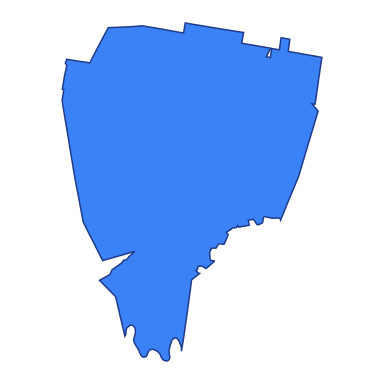 the district of Jiménez, Tamaulipas, Mexico
{"feature_id": "50627088B38667494572477", "entity_name": "Jiménez", "entity_type": "district", "adm_level": 2, "iso_a3": "MEX", "parent_name": "Mexico", "parent_adm1": "Tamaulipas", "projection": "orthographic", "projection_center": [-98.515, 24.206], "detail": "fine", "context": "isolated", "style": "filled", "palette": "blue", "viewbox_px": 384, "rotation_deg": 0, "n_neighbors": 0, "source": "geoboundaries", "source_scale": "gbopen_adm2", "svg_char_len": 3967}
<svg xmlns="http://www.w3.org/2000/svg" viewBox="0 0 384 384"><path d="M83.2,222.0L85.7,227.0L86.5,228.7L92.0,239.4L95.3,246.0L102.6,260.6L134.7,251.4L128.7,256.9L128.4,257.3L126.8,259.5L125.9,259.9L124.0,260.1L123.3,260.7L121.8,262.9L112.0,269.8L111.4,270.9L110.7,272.9L110.2,274.1L109.9,274.4L109.4,274.8L99.5,280.3L115.6,296.7L121.8,323.1L124.9,336.1L125.2,335.6L125.7,334.7L125.8,334.0L125.9,333.1L125.8,332.5L125.9,331.6L126.0,330.7L126.5,328.7L126.8,327.8L127.4,327.5L128.3,326.8L129.3,325.8L130.5,325.2L131.5,325.2L132.9,325.6L134.1,326.8L134.3,327.0L135.3,328.6L135.4,329.5L135.3,333.5L134.8,335.5L133.7,339.1L133.7,340.3L133.9,341.7L134.9,343.8L136.3,346.3L137.1,347.4L137.4,347.8L138.5,349.8L138.9,350.4L139.1,350.9L139.9,353.3L140.8,354.9L141.5,356.0L142.3,356.7L143.0,357.0L143.6,357.1L144.2,357.1L144.7,357.0L145.7,356.7L146.4,356.2L147.0,355.2L147.4,354.5L148.0,352.5L148.3,351.7L148.7,351.1L149.6,350.2L150.6,349.6L151.8,349.4L153.1,349.4L155.3,350.1L157.4,351.4L158.7,352.6L159.7,353.7L160.3,354.9L160.9,356.4L161.5,357.7L161.8,358.3L162.4,359.1L162.6,359.2L163.0,359.7L163.8,360.2L165.4,360.9L165.9,361.0L166.1,360.9L166.6,360.9L167.1,360.9L167.9,360.6L168.7,360.0L169.7,358.3L169.9,357.1L169.5,355.0L169.3,353.2L169.1,351.9L169.1,350.1L169.4,348.5L169.8,347.4L170.1,345.6L170.6,344.2L171.2,342.5L171.5,341.3L171.9,340.4L172.6,339.3L174.4,338.1L175.1,338.0L176.2,338.1L177.0,338.4L177.1,338.5L178.4,339.9L179.6,342.3L179.7,343.0L180.2,343.9L180.6,344.9L181.3,346.7L181.4,347.8L181.5,349.6L181.4,351.3L182.2,346.3L183.5,338.9L184.8,329.5L185.6,324.0L186.8,315.6L187.5,310.4L189.0,299.5L190.0,292.1L190.1,291.6L190.7,286.7L191.6,279.8L199.6,273.4L198.9,273.2L198.4,273.0L195.6,270.5L197.3,269.7L198.1,266.2L202.3,266.2L203.4,267.0L205.7,268.4L205.9,268.1L206.4,268.2L207.5,267.4L214.3,261.4L214.1,260.8L213.6,260.7L210.8,260.5L210.1,258.9L209.9,256.9L209.7,251.8L211.2,249.3L211.2,248.3L212.9,248.1L214.5,248.1L214.9,248.1L215.3,248.2L215.8,248.2L216.2,247.9L216.7,247.2L217.3,246.0L217.9,245.1L218.1,244.8L218.8,244.0L219.5,243.8L221.0,243.9L223.0,244.3L223.6,244.3L224.4,243.8L225.9,240.1L226.0,239.8L226.4,238.8L226.8,238.2L228.0,235.1L228.0,234.9L228.0,234.6L227.6,233.9L227.4,233.7L226.3,232.6L226.3,232.3L226.9,231.9L231.2,229.3L231.4,228.8L232.3,228.2L232.9,228.0L236.1,227.6L236.6,227.4L236.8,227.0L237.6,225.5L237.8,225.7L238.8,227.2L240.5,226.9L241.7,226.6L242.9,226.4L243.7,226.3L246.8,225.7L247.7,225.5L248.5,225.4L249.2,225.2L248.4,220.6L248.3,220.2L252.5,219.5L253.1,219.4L253.4,219.5L253.7,219.7L254.2,220.4L256.4,223.7L256.7,224.2L257.2,224.6L257.9,224.8L258.6,224.6L262.0,223.2L262.3,223.0L262.6,222.6L263.6,217.4L263.7,217.1L264.0,216.8L264.4,216.7L264.9,216.6L270.9,218.0L272.1,218.2L279.1,218.0L279.7,218.2L280.1,218.6L280.6,220.2L287.7,202.7L289.9,197.6L290.0,197.2L297.2,179.8L298.8,175.9L302.3,164.0L302.4,163.7L307.3,147.1L313.8,125.6L316.0,118.1L318.1,111.1L315.7,108.3L312.7,104.7L312.0,103.8L315.0,104.3L316.0,98.2L316.2,96.5L318.1,83.3L318.7,78.5L318.9,77.8L319.9,70.6L321.9,57.4L301.1,53.7L294.2,52.5L290.1,51.7L288.7,51.5L288.2,51.4L289.6,41.1L289.8,39.3L289.1,39.2L281.1,37.7L280.9,38.8L279.4,49.8L271.7,48.5L270.4,57.5L266.4,56.8L270.6,48.2L267.5,47.7L263.8,47.0L262.2,46.8L252.0,45.0L246.5,44.1L241.7,43.2L243.6,32.5L238.4,31.7L235.8,31.3L232.1,30.7L220.2,28.8L214.8,27.9L214.7,27.9L195.5,24.7L195.3,24.7L194.1,24.5L185.2,23.0L183.6,33.0L183.0,32.9L177.7,32.0L170.6,30.7L160.7,28.9L142.3,25.8L132.2,26.6L115.7,27.4L108.3,27.6L99.8,43.6L97.5,47.9L96.6,49.7L92.2,58.1L89.9,62.8L80.1,61.4L79.0,61.3L66.5,59.3L66.5,60.6L65.4,62.4L65.4,63.3L66.4,64.7L66.8,65.7L64.4,76.3L63.4,82.7L62.3,89.3L63.8,89.6L63.6,91.0L62.1,100.2L62.2,100.9L62.3,101.5L62.8,105.0L63.4,108.3L63.4,108.7L65.5,121.5L65.7,122.5L65.8,123.2L68.7,140.3L69.5,145.4L69.6,146.2L70.9,154.0L71.7,158.6L72.0,160.8L72.5,163.5L72.6,164.3L74.3,174.6L74.6,176.3L75.0,178.8L79.1,200.0L80.1,205.4L83.2,222.0Z" fill="#3b82f6" stroke="#1e3a8a" stroke-width="1.5"/></svg>